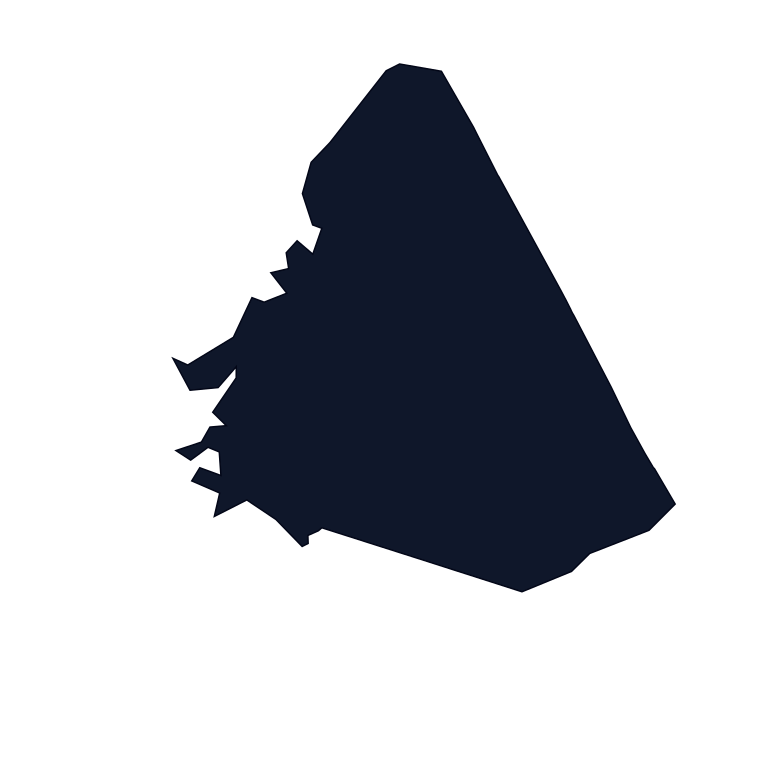 Allen, Kentucky, United States of America, rotated 238°
{"feature_id": "52423323B44643882159526", "entity_name": "Allen", "entity_type": "district", "adm_level": 2, "iso_a3": "USA", "parent_name": "United States of America", "parent_adm1": "Kentucky", "projection": "albers", "projection_center": [-86.16, 36.781], "detail": "fine", "context": "isolated", "style": "filled", "palette": "ink", "viewbox_px": 768, "rotation_deg": 238, "n_neighbors": 0, "source": "geoboundaries", "source_scale": "gbopen_adm2", "svg_char_len": 987}
<svg xmlns="http://www.w3.org/2000/svg" viewBox="0 0 768 768"><g transform="rotate(238 384 384)"><path d="M618.8,598.4L647.1,566.8L648.5,551.9L617.4,466.2L610.6,439.7L588.7,415.7L556.7,407.8L549.0,413.8L531.8,392.4L551.5,386.2L547.1,370.6L532.4,364.3L538.3,347.0L512.5,349.7L516.9,325.7L527.2,317.8L503.4,281.0L504.1,227.6L517.6,218.6L481.5,216.2L468.9,241.4L477.0,267.9L467.5,261.9L450.8,223.8L432.2,228.2L439.7,213.6L431.5,198.4L437.8,172.3L421.9,179.7L423.6,201.2L413.7,208.3L392.8,197.2L410.6,183.4L403.7,169.6L378.6,186.9L361.6,169.9L358.4,206.2L326.3,220.6L289.6,228.5L289.0,235.2L295.9,239.2L294.3,250.6L295.0,255.1L281.8,266.3L219.0,319.6L134.7,390.9L125.7,443.8L131.3,468.7L119.5,531.2L127.9,567.3L169.0,568.5L170.3,568.1L186.9,568.5L216.2,570.1L260.9,575.0L341.2,581.3L344.6,581.4L347.7,581.7L347.9,581.8L360.0,582.9L360.7,582.9L368.9,583.5L499.2,591.2L500.6,591.1L548.3,595.4L554.2,596.0L554.6,596.0L618.8,598.4Z" fill="#0f172a" stroke="#020617" stroke-width="1.5"/></g></svg>